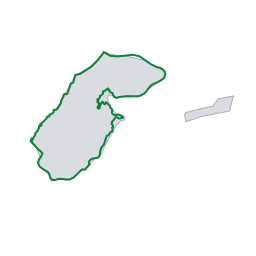 location of West Bank within Palestine, rotated 214°
{"feature_id": "WEB+00?", "entity_name": "West Bank", "entity_type": "state/province", "adm_level": 1, "iso_a3": "PSE", "parent_name": "Palestine", "parent_adm1": "", "projection": "mercator", "projection_center": [35.24, 31.944], "detail": "fine", "context": "in_parent", "style": "outline", "palette": "green", "viewbox_px": 256, "rotation_deg": 214, "n_neighbors": 0, "source": "natural_earth", "source_scale": "10m", "svg_char_len": 3183}
<svg xmlns="http://www.w3.org/2000/svg" viewBox="0 0 256 256"><g transform="rotate(214 128 128)"><path d="M200.5,61.5L202.7,81.8L198.6,99.1L198.3,114.3L201.3,142.4L194.8,154.3L191.1,168.3L189.5,178.9L184.9,178.5L170.6,186.1L151.5,193.4L130.4,195.3L127.5,193.1L126.6,189.4L132.8,171.6L135.1,163.2L144.2,154.2L157.2,146.4L162.6,144.4L162.0,141.0L154.3,135.8L146.3,133.1L138.6,135.8L136.2,135.0L135.4,132.7L138.1,129.5L139.4,123.5L138.2,113.4L137.4,101.2L135.7,91.7L140.4,76.2L141.6,68.9L147.5,53.1L161.5,43.6L173.5,46.4L179.9,47.1L182.5,48.9L184.3,54.4L193.2,60.7L200.5,61.5ZM83.6,165.5L88.7,171.0L88.9,173.0L69.8,193.8L69.6,202.7L58.4,213.5L54.8,202.8L53.3,198.9L73.8,178.4L83.6,165.5Z" fill="#d9dde1" stroke="#a8b0b8" stroke-width="1"/><path d="M163.4,42.6L164.8,43.4L167.9,46.0L169.9,46.7L176.7,46.4L180.0,46.7L183.2,48.8L184.2,51.8L184.1,55.8L184.7,59.0L187.5,59.9L190.1,60.0L192.7,60.6L201.5,62.9L201.8,63.9L202.0,65.1L201.3,65.1L201.3,64.2L200.5,64.2L200.5,65.1L201.1,66.3L201.0,70.2L202.0,72.1L201.5,73.6L201.5,76.0L201.9,78.5L202.7,80.0L202.2,80.3L201.8,80.7L201.5,81.1L201.3,81.8L202.7,81.8L201.3,87.9L200.9,90.0L201.3,91.5L201.3,92.4L200.4,92.9L199.9,93.5L199.9,94.2L200.5,95.0L198.7,98.1L198.6,99.6L199.8,101.2L197.9,102.7L197.3,104.9L197.5,110.8L198.7,113.9L199.0,115.2L199.0,117.0L199.2,118.0L199.8,119.5L199.8,120.5L199.3,121.1L198.5,121.3L197.8,121.7L197.5,122.7L200.2,133.0L199.0,134.5L199.0,135.5L201.3,142.4L197.9,146.3L195.1,152.6L192.7,158.3L191.0,167.6L190.4,177.0L190.4,177.3L182.9,178.0L176.6,181.6L164.8,191.5L158.4,193.9L144.8,193.7L138.3,194.6L135.6,195.6L132.6,196.1L129.7,195.6L127.3,193.8L126.0,189.5L127.6,185.2L132.5,177.0L133.1,172.9L133.2,169.3L133.7,165.8L135.4,162.5L135.6,162.0L137.6,159.7L146.9,153.7L150.6,150.5L152.9,148.5L154.1,146.5L156.7,146.0L157.3,146.5L158.6,146.7L160.0,148.2L162.8,147.8L164.3,148.8L164.9,148.3L165.3,148.5L165.6,149.2L166.4,149.6L166.8,149.4L167.0,148.3L167.6,147.7L167.9,145.9L168.5,145.3L169.1,144.5L168.7,143.5L168.0,142.8L168.0,141.9L168.5,140.1L169.1,139.3L168.7,138.9L168.6,137.9L168.3,136.4L168.8,135.6L169.3,134.6L168.8,134.3L168.1,134.2L167.8,134.0L168.4,133.0L168.1,132.7L167.7,132.3L167.1,132.2L165.9,132.5L165.2,131.5L165.0,130.6L165.1,129.4L164.6,127.8L163.5,127.5L162.8,128.1L162.7,128.9L163.2,129.9L163.6,131.1L164.0,133.0L164.0,134.9L163.9,135.4L163.7,135.6L161.9,134.6L161.1,134.6L160.4,134.8L160.3,135.4L160.7,136.2L160.7,136.9L159.4,137.0L155.4,136.1L153.7,134.8L152.7,134.9L151.1,134.0L150.1,131.8L148.8,131.0L147.5,131.0L146.6,131.1L145.4,131.8L143.5,133.8L141.9,134.2L140.6,134.3L138.3,134.0L138.0,133.7L138.2,133.2L139.4,132.1L140.3,131.1L141.2,130.8L143.7,130.7L144.2,130.1L144.7,124.1L143.7,122.0L142.2,121.8L141.1,120.8L140.9,120.1L141.3,119.4L140.6,118.8L139.0,116.6L140.2,115.1L140.3,113.1L140.1,110.9L141.3,109.7L138.8,100.9L139.1,96.4L138.0,93.1L136.4,90.1L135.9,88.4L136.3,86.5L140.5,82.6L141.3,81.0L141.7,79.3L141.5,78.0L140.7,77.0L139.4,76.6L139.7,74.9L140.1,70.8L140.5,69.2L141.0,68.9L142.4,68.4L142.8,68.1L143.6,65.4L144.0,63.2L145.3,56.5L147.5,52.8L150.3,50.7L153.6,49.2L157.0,47.0L159.7,43.8L161.2,42.7L163.2,42.5L163.4,42.6Z" fill="none" stroke="#15803d" stroke-width="2"/></g></svg>